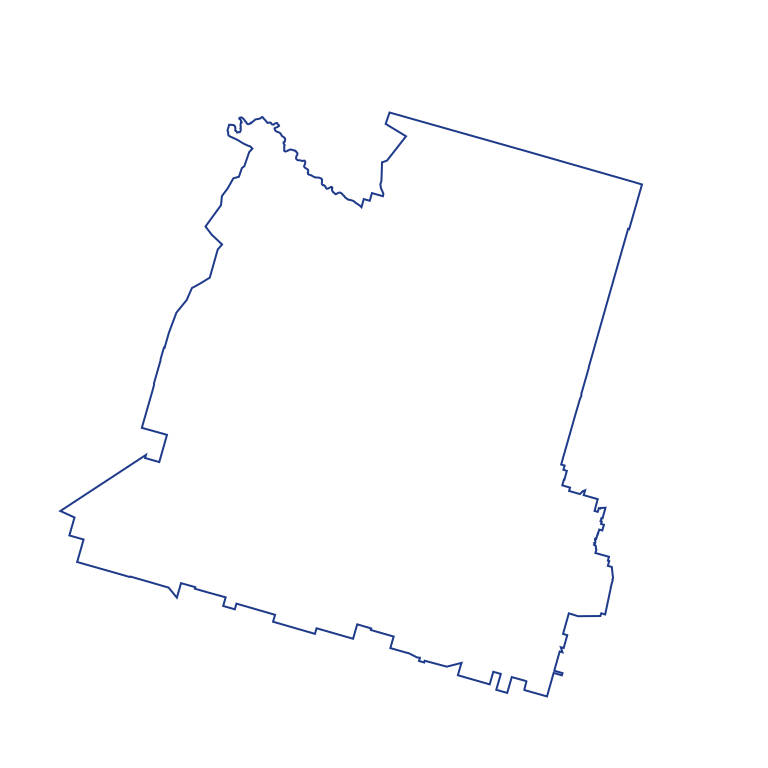 the district of Gnowangerup, Western Australia, Australia, rotated 196°
{"feature_id": "25037944B50241547651602", "entity_name": "Gnowangerup", "entity_type": "district", "adm_level": 2, "iso_a3": "AUS", "parent_name": "Australia", "parent_adm1": "Western Australia", "projection": "equal_earth", "projection_center": [118.388, -34.087], "detail": "fine", "context": "isolated", "style": "outline", "palette": "blue", "viewbox_px": 768, "rotation_deg": 196, "n_neighbors": 0, "source": "geoboundaries", "source_scale": "gbopen_adm2", "svg_char_len": 6010}
<svg xmlns="http://www.w3.org/2000/svg" viewBox="0 0 768 768"><g transform="rotate(196 384 384)"><path d="M604.3,590.5L604.3,584.3L603.4,583.5L602.4,580.6L601.2,579.7L591.8,578.2L586.0,576.5L579.8,575.5L578.2,575.6L575.4,574.0L577.5,569.7L578.3,554.8L580.1,552.5L580.6,543.2L585.5,540.2L588.2,528.9L591.6,520.0L590.0,510.9L599.0,486.2L590.7,480.0L578.1,473.5L580.9,467.5L580.8,438.2L588.8,429.5L595.1,423.3L596.8,410.4L603.2,395.4L604.9,373.9L604.9,358.3L605.6,358.3L605.6,346.4L605.3,344.9L605.3,320.9L604.8,319.9L604.7,314.9L604.7,275.1L578.6,275.3L578.5,247.0L593.3,247.0L593.3,250.2L660.1,172.7L644.7,170.4L644.7,151.7L629.9,151.7L629.9,128.3L575.1,128.4L574.7,129.0L557.2,129.0L534.9,128.9L524.2,121.5L524.2,136.6L509.4,136.7L509.4,135.1L496.0,135.1L477.4,135.3L477.4,126.3L465.3,126.3L465.3,126.9L465.3,132.2L425.1,132.1L425.1,124.9L381.5,124.8L381.5,130.6L343.5,130.6L343.5,145.6L328.9,145.5L328.9,143.9L305.1,143.9L305.1,131.9L288.2,131.9L286.4,132.1L277.0,130.3L274.0,130.7L274.0,127.4L268.6,127.4L268.6,129.2L245.7,129.6L232.6,137.3L232.7,135.7L232.7,124.4L199.6,124.4L199.6,137.5L191.8,137.5L191.8,121.0L180.4,121.0L180.4,137.5L166.3,137.6L165.1,137.4L164.9,128.8L164.7,128.5L141.2,128.6L141.3,153.0L132.7,153.0L132.7,155.3L141.3,155.3L141.4,175.3L138.5,175.3L138.7,175.6L139.0,175.7L139.2,176.3L141.5,179.7L138.5,179.7L138.6,193.1L143.0,193.1L143.1,214.5L134.3,214.3L133.5,214.3L132.7,214.5L112.1,220.6L111.9,223.5L107.9,223.4L107.9,223.8L109.8,250.4L110.1,251.2L109.9,251.9L110.1,254.9L110.0,258.2L110.6,258.9L110.3,260.5L114.6,270.9L118.7,270.9L118.7,275.9L120.1,275.9L120.1,279.9L134.2,279.8L134.2,283.5L134.8,283.9L135.7,286.6L137.7,287.3L137.2,288.2L138.1,289.0L137.2,289.6L137.4,291.0L138.2,292.1L138.3,293.2L138.5,293.5L137.7,294.4L137.3,294.1L137.3,299.0L137.0,298.9L137.0,303.4L133.8,303.4L133.8,309.3L136.8,309.3L136.8,311.8L138.0,311.8L138.0,315.1L136.9,315.1L137.0,326.1L141.7,324.5L141.7,323.9L143.2,323.9L143.3,320.0L146.6,320.0L146.6,322.7L146.7,323.0L146.8,332.2L161.4,332.2L161.4,337.3L163.4,335.7L165.3,332.2L176.6,332.2L176.6,335.7L184.7,335.7L184.7,341.8L184.2,341.8L184.3,350.9L187.9,351.0L187.9,355.4L191.5,355.4L191.6,402.7L191.6,403.0L191.6,406.9L191.5,423.8L191.0,427.0L191.6,428.8L191.6,455.7L191.8,456.7L192.0,525.4L192.1,600.5L191.0,600.4L191.0,646.9L200.0,647.0L312.5,647.0L453.5,646.5L454.1,634.5L431.1,628.2L442.7,599.6L446.6,596.7L447.0,596.6L442.5,578.8L442.5,576.5L442.6,575.0L440.8,571.3L437.0,566.7L436.8,564.2L448.2,564.2L448.2,556.2L454.4,556.2L454.4,547.7L456.3,548.8L456.5,548.8L457.0,549.0L459.2,549.8L459.4,549.8L460.1,550.0L460.4,550.1L461.2,550.4L461.3,550.4L461.8,550.7L462.0,550.7L462.6,551.1L463.1,551.2L463.3,551.3L463.5,551.3L464.0,551.5L464.4,551.5L464.7,551.6L465.5,551.6L466.3,551.6L466.7,551.7L467.1,551.7L467.5,551.5L468.2,551.4L468.6,551.5L469.7,551.4L470.1,551.6L471.3,552.1L471.6,552.2L471.9,552.4L472.5,552.5L472.8,552.6L473.2,553.0L473.3,553.1L473.5,553.2L473.6,553.4L474.2,553.7L474.3,553.9L474.7,554.0L474.9,554.0L476.0,554.7L476.5,555.2L477.2,555.5L477.4,555.5L477.6,555.6L479.1,555.9L480.1,555.5L480.3,555.4L480.5,555.2L481.0,554.8L481.4,554.4L481.6,554.1L481.9,553.9L482.2,553.6L482.3,553.4L482.7,553.1L483.2,553.2L483.5,553.3L484.1,553.7L484.6,554.1L484.8,554.2L485.2,554.3L485.4,554.2L485.7,554.4L486.0,554.5L486.2,554.8L486.6,555.0L486.8,555.3L487.2,555.6L487.4,556.1L487.4,556.3L487.6,556.6L487.7,557.0L487.7,557.5L487.6,557.8L487.7,558.1L487.9,558.1L487.9,558.5L488.0,558.7L488.4,558.9L488.8,559.0L489.5,558.6L489.7,558.4L490.4,557.7L490.5,557.6L491.1,556.9L491.5,556.6L491.8,556.4L492.6,556.0L493.0,555.9L493.6,556.2L493.8,556.4L494.0,556.7L494.4,557.2L495.0,557.6L495.1,557.9L495.4,558.0L495.9,558.4L496.7,558.5L496.8,558.3L497.3,558.2L498.1,558.5L498.6,558.9L498.9,559.1L499.0,559.4L499.1,559.9L499.2,560.3L499.3,561.1L499.7,562.4L500.0,563.2L499.9,563.3L500.5,564.0L501.0,564.2L502.5,564.4L503.1,564.4L503.8,564.4L505.1,564.1L505.5,563.9L506.5,563.7L507.3,563.7L507.6,563.8L508.2,563.8L508.9,563.9L510.0,564.1L510.7,564.4L511.8,564.6L513.0,564.6L514.1,564.6L515.0,565.0L515.4,565.8L515.2,565.9L515.3,566.7L515.9,568.8L517.0,569.4L519.2,570.0L519.9,570.3L520.5,570.7L520.8,571.3L520.9,572.0L520.6,573.2L520.6,574.0L520.7,575.2L521.3,576.4L521.9,576.8L523.0,576.5L523.4,576.1L524.2,575.8L525.4,575.9L526.6,575.9L527.6,575.5L528.6,575.4L529.4,575.6L530.2,576.0L530.6,576.4L530.9,577.2L531.0,579.1L530.5,580.4L530.8,581.9L531.2,582.4L532.0,582.6L532.6,583.3L533.7,583.9L534.3,583.6L535.9,583.8L537.7,583.8L538.9,583.5L541.6,581.1L542.6,580.4L543.2,580.3L544.0,580.5L544.5,581.2L544.4,581.7L544.7,582.6L544.9,583.4L545.2,583.9L545.5,585.4L545.3,586.1L545.7,586.7L546.3,587.0L546.9,587.8L547.1,588.8L546.4,589.1L546.2,589.6L546.4,591.8L546.8,592.8L548.2,593.6L549.7,594.0L550.8,594.5L551.1,594.9L552.3,596.1L553.6,596.7L555.1,597.0L555.6,596.9L556.3,597.0L557.4,597.2L558.4,597.8L558.8,598.2L559.5,599.1L559.7,599.7L558.3,600.9L557.5,601.4L556.0,603.2L556.3,603.7L557.7,604.4L558.2,605.0L558.8,605.4L559.2,605.1L560.1,604.8L561.0,603.9L561.4,603.2L562.0,602.7L563.4,602.7L564.7,603.9L565.7,603.9L566.5,603.6L567.5,603.0L568.1,602.9L568.7,603.4L569.6,604.0L570.2,604.5L571.2,605.1L572.3,605.6L573.1,606.3L574.0,606.9L574.7,607.1L575.8,605.6L576.6,604.9L577.5,604.3L578.1,604.1L578.5,603.9L579.3,603.5L580.1,603.1L580.8,602.5L581.3,601.7L582.1,600.5L582.9,599.3L583.7,598.1L584.1,598.3L584.8,597.2L585.8,596.4L586.7,596.3L587.6,596.6L588.2,597.1L588.6,597.7L589.8,598.3L591.7,599.9L593.2,600.6L594.4,601.0L595.4,600.6L596.1,600.2L596.4,599.5L595.8,598.7L595.3,598.8L594.7,598.5L593.8,597.4L593.1,596.7L593.0,596.2L593.6,596.0L593.3,593.5L593.1,592.6L592.7,592.0L592.4,591.0L592.5,590.0L592.0,589.6L591.7,589.0L591.7,588.2L591.7,587.1L592.0,586.3L593.3,586.0L593.8,585.6L594.5,585.2L595.2,586.0L596.0,586.5L596.4,586.4L597.1,587.1L597.2,588.2L597.4,589.2L597.8,589.6L597.8,589.8L598.3,590.7L598.7,590.8L599.2,591.3L600.5,591.4L601.6,591.0L602.4,591.1L603.4,590.7L604.3,590.5Z" fill="none" stroke="#1e3a8a" stroke-width="2"/></g></svg>